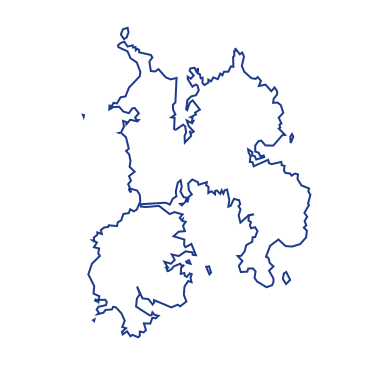 Tasman, Tasmania, Australia, rotated 189°
{"feature_id": "25037944B3196758006224", "entity_name": "Tasman", "entity_type": "district", "adm_level": 2, "iso_a3": "AUS", "parent_name": "Australia", "parent_adm1": "Tasmania", "projection": "orthographic", "projection_center": [147.839, -43.044], "detail": "fine", "context": "isolated", "style": "outline", "palette": "blue", "viewbox_px": 384, "rotation_deg": 189, "n_neighbors": 0, "source": "geoboundaries", "source_scale": "gbopen_adm2", "svg_char_len": 6073}
<svg xmlns="http://www.w3.org/2000/svg" viewBox="0 0 384 384"><g transform="rotate(189 192 192)"><path d="M180.4,83.0L184.0,89.2L184.6,97.6L181.8,103.5L178.4,102.9L180.1,107.2L179.4,110.8L181.4,111.3L183.9,107.3L186.0,108.1L186.8,110.8L190.3,109.4L190.9,115.6L188.2,118.5L190.7,117.6L192.4,119.3L198.4,115.7L199.9,112.8L202.9,110.3L203.8,110.0L204.9,111.8L203.9,113.5L205.8,113.5L205.0,114.7L208.3,118.7L201.6,117.9L198.4,122.2L202.2,127.1L195.0,126.7L189.0,132.4L182.1,132.4L181.5,130.1L178.2,130.2L184.5,140.6L189.8,136.4L191.5,138.4L192.1,143.9L203.3,145.4L199.0,150.7L192.9,152.2L195.6,157.2L193.6,161.6L196.8,161.8L200.1,164.5L197.8,168.4L206.1,169.4L210.6,166.7L222.4,173.1L235.0,170.0L240.2,169.6L240.8,171.9L216.3,177.3L211.9,176.1L210.0,182.3L206.7,185.3L208.1,189.7L207.5,199.0L205.0,201.8L202.9,195.4L203.5,190.6L199.4,185.5L196.0,185.6L197.0,181.6L194.8,181.8L194.4,186.8L191.8,189.5L195.5,193.6L197.1,199.8L193.7,204.4L187.7,202.6L186.7,200.1L178.9,204.0L179.1,200.9L176.5,199.6L175.7,193.5L172.9,195.8L168.9,193.4L169.3,196.6L167.8,197.4L163.8,194.6L162.9,198.3L160.8,195.3L159.9,198.9L157.7,199.9L153.9,189.8L153.8,183.2L151.7,184.3L149.5,191.8L144.2,191.2L142.5,187.5L143.9,185.2L141.4,182.6L142.2,176.1L139.4,169.3L132.3,178.1L127.2,179.7L132.2,177.6L131.8,172.7L129.0,171.3L129.7,168.3L127.9,165.4L124.3,167.1L121.2,163.7L122.6,157.3L125.0,156.8L124.7,152.3L130.0,148.1L130.9,141.2L133.4,136.7L136.9,135.9L131.4,131.7L134.2,126.4L131.3,120.6L124.9,122.0L124.5,125.2L119.9,126.0L116.8,123.6L116.8,117.0L113.6,113.7L103.5,109.6L98.3,112.5L97.4,116.2L98.2,119.6L103.6,126.3L99.9,131.2L104.1,134.1L106.1,138.7L107.0,139.3L108.4,139.3L108.8,139.6L106.4,151.1L99.2,158.6L91.1,153.2L84.4,153.8L77.0,157.5L72.2,165.0L72.5,171.9L76.0,174.3L73.9,177.0L76.2,180.9L74.4,185.6L77.7,189.0L74.4,197.5L75.6,198.6L74.6,207.7L77.2,210.8L76.9,213.8L84.9,215.6L89.8,221.3L90.1,226.0L93.2,226.3L96.2,223.7L97.9,225.6L102.7,225.4L104.5,227.4L104.7,232.3L107.6,232.5L108.5,235.7L117.6,232.0L120.4,232.5L121.8,235.7L135.1,227.1L136.9,230.9L139.6,230.8L139.9,236.8L142.2,239.7L143.2,242.9L138.7,240.8L138.2,237.5L135.5,237.1L133.7,234.1L126.1,237.7L126.9,239.3L129.9,237.9L132.3,241.2L135.9,241.9L136.8,247.7L134.3,252.6L131.6,253.6L126.8,249.5L119.0,250.5L111.8,262.1L109.0,263.0L116.2,268.2L114.9,269.5L116.2,272.1L114.4,273.6L118.0,279.0L114.2,284.4L117.9,291.7L121.5,293.7L125.8,292.8L125.9,296.8L123.2,301.8L123.6,304.7L126.8,308.2L129.4,304.0L136.1,309.5L142.5,307.2L141.3,312.6L145.1,315.8L146.8,313.7L151.1,313.7L159.2,318.9L162.5,324.4L161.8,333.8L164.2,337.6L166.3,335.5L172.0,340.8L170.7,338.5L172.4,337.8L171.5,333.1L172.5,331.7L170.7,322.1L173.2,322.2L175.0,316.5L179.2,315.8L180.3,312.0L182.6,313.4L184.2,307.5L188.8,308.5L190.6,304.2L193.4,305.5L193.0,302.5L196.5,299.6L198.7,301.3L199.4,306.5L201.2,305.7L202.7,309.6L204.7,309.9L205.4,315.2L206.6,311.7L208.9,315.1L213.0,313.8L213.3,311.3L208.5,307.4L210.9,303.7L214.3,305.2L213.9,302.8L208.0,296.1L205.1,298.8L203.3,298.0L201.2,293.6L203.2,288.2L207.7,286.3L210.9,282.1L210.7,272.8L209.6,272.1L208.2,279.8L205.7,282.6L197.1,274.6L201.4,270.8L200.2,269.2L205.0,265.7L203.1,265.5L203.1,262.2L201.7,262.5L202.6,259.9L208.3,261.8L205.5,256.5L199.7,251.9L202.1,250.0L203.9,252.1L201.6,247.3L206.8,239.7L208.1,246.3L207.1,249.9L209.0,255.8L211.3,257.1L217.8,250.9L219.5,251.3L220.8,262.5L224.0,262.5L220.5,265.9L223.5,270.3L224.5,275.2L222.4,277.8L225.1,302.2L230.7,299.9L236.0,301.2L244.3,308.1L247.2,305.3L251.6,305.0L254.5,314.2L252.2,318.7L254.0,320.9L266.1,321.7L266.4,323.9L268.2,324.9L269.7,323.2L270.5,326.3L272.8,325.5L273.5,327.6L278.4,325.6L282.4,329.9L285.7,328.0L288.0,325.4L287.4,323.6L277.7,320.8L273.6,314.5L266.8,311.3L261.8,302.5L261.8,298.0L270.6,285.2L272.6,276.0L277.3,274.4L280.0,267.7L283.5,267.8L285.0,263.1L277.3,264.8L272.4,260.7L266.6,260.0L264.1,265.2L261.7,266.0L256.8,261.3L259.8,256.8L258.2,254.4L255.9,254.7L256.9,253.2L264.3,253.7L267.4,248.6L267.9,250.9L271.2,251.4L269.4,245.8L271.5,239.4L265.8,235.8L261.2,224.9L263.5,222.2L259.9,219.3L257.6,213.1L257.6,207.1L251.8,203.1L256.7,197.8L254.0,193.6L256.3,189.7L254.3,187.0L254.6,184.7L253.7,183.5L252.9,185.6L246.5,184.9L243.1,180.9L241.6,174.6L243.8,166.0L246.5,163.8L250.3,165.3L251.2,161.2L256.3,159.6L257.5,153.0L260.5,150.6L260.8,146.6L269.0,146.1L269.2,144.5L273.5,143.0L276.1,140.2L274.5,136.4L279.2,137.3L278.8,135.0L281.8,131.7L281.0,128.4L278.0,127.2L280.2,122.1L274.9,121.7L275.0,116.6L273.0,114.5L279.6,105.5L281.5,94.4L273.8,83.7L273.4,76.2L267.2,74.6L267.4,70.8L260.7,72.0L258.9,69.8L259.3,66.8L266.4,64.0L267.8,61.0L265.1,58.1L266.2,56.5L260.6,58.9L259.0,62.0L252.8,63.4L251.9,66.2L249.1,66.2L242.6,61.0L238.3,54.3L239.8,47.8L235.8,47.1L239.3,43.0L238.2,40.5L234.3,44.2L230.2,39.9L228.5,41.6L222.5,40.1L221.1,41.7L221.7,46.0L217.8,45.8L215.9,48.5L219.0,54.7L212.6,55.5L211.5,61.6L208.1,61.5L205.7,64.5L209.7,64.7L212.3,67.0L212.7,64.1L214.4,63.5L229.3,70.1L229.8,78.2L227.3,83.2L228.5,84.4L229.3,86.4L230.4,87.9L231.0,89.0L231.4,90.0L224.3,79.2L218.3,79.4L213.3,74.7L212.0,77.3L212.7,79.0L212.7,79.3L194.4,74.8L188.3,78.5L185.8,77.2L180.4,83.0ZM280.7,334.4L279.7,339.7L281.3,344.1L285.7,341.9L286.9,336.4L283.1,332.4L280.7,334.4ZM86.4,127.7L88.5,125.9L88.7,120.4L84.7,115.8L81.3,120.5L86.4,127.7ZM160.6,115.4L163.5,121.3L166.3,120.3L161.9,113.4L160.6,115.4ZM100.6,262.5L102.3,264.9L103.6,261.9L102.2,255.8L100.6,262.5ZM182.2,120.9L184.3,124.2L186.9,122.4L186.0,121.3L182.2,120.9ZM199.9,177.2L198.4,179.4L201.8,178.4L199.9,177.2ZM286.8,263.0L286.6,260.6L285.5,261.4L286.8,263.0ZM310.8,249.4L310.7,251.1L311.8,251.2L310.8,249.4ZM267.9,70.3L269.6,70.6L269.9,69.3L268.3,69.0L267.9,70.3ZM285.7,263.5L285.5,261.7L284.6,262.3L285.7,263.5ZM268.5,49.2L268.4,50.9L269.6,49.9L268.5,49.2ZM252.0,182.0L252.9,183.6L253.5,183.2L252.0,182.0ZM267.8,70.4L267.2,69.4L267.2,70.4L267.8,70.4ZM269.9,70.0L270.4,70.5L270.6,69.9L269.9,70.0ZM197.1,162.8L197.0,163.7L197.7,162.9L197.1,162.8ZM281.9,128.3L282.0,128.8L282.7,128.7L281.9,128.3ZM272.2,238.8L273.2,239.1L273.4,239.0L272.2,238.8Z" fill="none" stroke="#1e3a8a" stroke-width="2"/></g></svg>